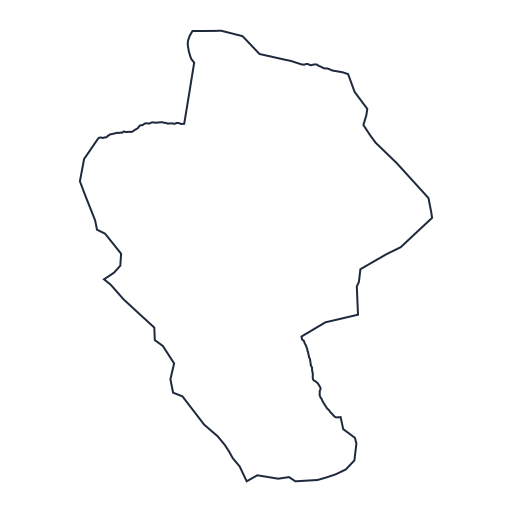 the district of Manxan, Hovd, Mongolia
{"feature_id": "93677404B19560479814297", "entity_name": "Manxan", "entity_type": "district", "adm_level": 2, "iso_a3": "MNG", "parent_name": "Mongolia", "parent_adm1": "Hovd", "projection": "mercator", "projection_center": [92.211, 47.361], "detail": "fine", "context": "isolated", "style": "outline", "palette": "slate", "viewbox_px": 512, "rotation_deg": 0, "n_neighbors": 0, "source": "geoboundaries", "source_scale": "gbopen_adm2", "svg_char_len": 3645}
<svg xmlns="http://www.w3.org/2000/svg" viewBox="0 0 512 512"><path d="M98.1,138.6L84.1,159.0L79.9,181.3L85.6,196.4L95.1,220.3L97.0,229.7L105.1,233.7L121.1,253.7L120.3,265.7L114.0,272.7L104.0,279.3L110.6,284.6L123.5,299.3L142.6,316.9L154.3,327.6L154.8,340.1L162.8,345.9L174.1,363.4L170.4,379.3L173.1,392.7L182.4,396.3L204.2,424.7L217.7,436.3L224.7,444.8L229.1,451.6L232.7,458.1L239.7,466.5L243.8,475.2L246.7,481.3L257.3,475.3L278.2,478.7L289.0,477.1L295.4,481.3L317.5,480.0L326.8,477.3L335.5,474.4L345.9,469.4L354.4,460.4L356.4,443.6L354.9,437.8L346.4,431.5L343.2,429.1L340.6,417.1L339.8,417.3L339.3,417.3L338.7,417.2L338.4,417.2L337.9,417.4L337.3,417.3L335.8,417.3L335.3,417.1L335.2,417.0L335.0,416.9L334.8,416.7L334.2,416.2L333.8,415.8L333.1,415.1L332.5,414.3L330.2,412.0L328.9,410.0L327.3,408.7L325.4,405.8L322.9,401.8L322.6,401.2L322.2,400.3L321.5,398.8L320.7,397.8L320.1,396.5L319.6,394.8L319.6,394.0L319.8,393.2L319.7,392.5L319.7,391.6L319.8,390.8L320.1,390.1L320.5,389.2L320.6,388.6L320.4,387.7L319.7,386.4L317.8,383.3L317.2,382.8L315.7,381.5L314.4,380.8L313.4,380.0L313.0,379.1L312.8,378.1L312.7,376.7L312.8,375.3L312.8,374.5L312.8,374.0L312.8,373.2L312.5,372.4L312.3,371.6L312.2,370.3L312.0,369.6L312.1,367.8L311.9,367.4L311.3,366.2L310.8,365.4L310.7,363.6L310.4,362.3L310.2,360.4L310.0,359.1L309.6,358.3L309.1,357.3L308.9,356.6L308.7,355.2L308.6,354.5L308.3,353.9L308.2,352.9L307.9,351.8L307.5,350.8L307.4,349.7L307.1,348.8L306.5,347.2L305.9,345.4L305.2,344.2L304.7,343.3L304.3,342.0L303.9,341.0L303.7,340.6L302.9,340.3L302.5,339.9L302.1,339.4L302.0,338.7L301.8,338.2L301.6,337.6L301.7,337.1L301.5,336.5L325.4,322.3L358.0,314.7L356.8,286.5L358.9,281.9L360.4,269.2L386.4,254.2L400.7,247.2L432.1,217.8L431.3,212.6L428.5,198.1L396.8,163.2L375.6,142.7L370.3,135.5L363.4,125.0L366.3,115.4L367.3,108.9L354.6,91.9L348.1,74.1L342.3,72.2L332.8,70.6L332.3,70.5L330.7,69.8L329.2,69.1L327.4,68.5L324.8,68.4L322.9,67.9L321.1,66.8L319.0,66.0L317.8,65.2L317.0,64.6L315.8,64.4L314.6,64.5L312.8,64.7L311.3,65.2L310.1,65.1L308.3,64.2L307.2,64.0L306.3,64.0L304.9,64.5L302.2,64.6L300.3,64.0L291.1,61.0L283.1,59.3L259.5,54.0L242.6,36.2L221.1,30.7L215.0,30.9L202.6,31.0L192.5,31.0L191.1,33.3L189.6,36.1L188.1,40.4L187.7,43.4L187.9,46.0L188.4,48.7L188.7,50.7L189.4,53.4L190.3,56.4L191.1,58.6L191.9,59.8L192.8,61.0L194.2,62.6L192.3,74.2L189.3,92.8L184.2,123.8L183.7,123.9L183.0,123.9L182.1,123.9L181.2,124.0L180.5,123.7L179.5,123.3L178.6,123.1L177.9,123.0L177.0,122.9L176.5,123.0L175.6,123.4L175.2,123.6L174.6,123.8L174.1,123.8L173.2,123.5L172.5,123.4L171.5,123.4L170.5,123.4L169.3,123.4L168.8,123.6L168.3,123.6L167.7,123.6L167.2,123.4L166.4,123.1L164.7,122.8L163.4,122.6L162.7,122.3L161.9,122.2L160.7,122.3L159.8,122.3L159.0,122.4L158.2,122.5L157.1,122.5L155.8,122.8L155.2,122.7L154.5,122.6L153.1,122.3L152.0,122.5L151.4,122.6L150.7,122.9L149.3,123.6L147.8,123.4L146.5,123.3L145.7,123.3L144.7,123.6L143.6,124.4L142.5,125.1L141.2,125.2L139.9,125.6L139.3,126.2L137.9,128.0L137.2,128.6L134.4,130.2L133.1,131.2L131.7,131.9L130.6,131.9L129.0,131.8L128.0,131.9L126.9,132.0L125.7,132.0L124.9,131.8L124.2,131.5L123.9,131.5L123.4,131.7L122.7,132.2L122.0,132.8L121.2,132.7L120.5,132.6L119.8,132.8L119.2,132.9L118.6,133.0L118.2,132.8L117.8,132.8L117.2,132.8L116.6,133.0L116.1,133.1L115.5,133.1L115.0,133.3L114.4,133.5L113.5,133.8L112.5,133.9L111.8,134.0L111.2,134.2L110.6,134.3L110.1,134.4L109.1,135.1L108.9,135.4L108.4,135.5L107.9,135.8L107.1,136.7L106.4,137.2L105.9,137.4L104.9,137.4L104.4,137.4L104.0,137.7L103.0,138.0L102.3,137.8L101.3,137.5L100.7,137.5L100.1,137.7L99.8,137.6L99.1,137.7L98.5,138.2L98.1,138.6Z" fill="none" stroke="#1e293b" stroke-width="2"/></svg>